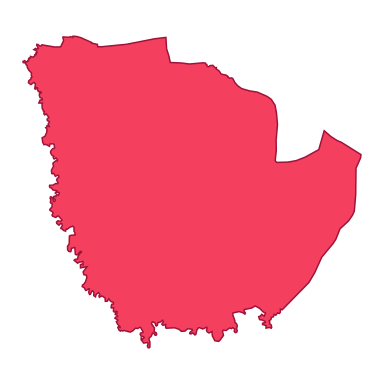 Ban Mai Chaiyaphot, Buri Ram, Thailand
{"feature_id": "78962969B40296665264995", "entity_name": "Ban Mai Chaiyaphot", "entity_type": "district", "adm_level": 2, "iso_a3": "THA", "parent_name": "Thailand", "parent_adm1": "Buri Ram", "projection": "natural_earth1", "projection_center": [102.815, 15.571], "detail": "fine", "context": "isolated", "style": "filled", "palette": "rose", "viewbox_px": 384, "rotation_deg": 0, "n_neighbors": 0, "source": "geoboundaries", "source_scale": "gbopen_adm2", "svg_char_len": 5766}
<svg xmlns="http://www.w3.org/2000/svg" viewBox="0 0 384 384"><path d="M165.9,37.4L154.5,38.8L126.4,44.3L101.2,46.8L97.6,46.7L97.5,44.4L91.6,43.1L91.7,42.5L80.7,37.6L76.2,36.4L73.0,36.2L72.8,37.5L70.7,36.7L68.4,37.3L63.4,36.9L62.8,37.2L63.6,40.6L60.6,46.9L54.6,47.0L41.9,44.8L41.4,45.8L39.9,46.0L38.0,44.5L36.9,44.3L36.7,45.3L38.3,48.3L36.9,49.2L35.6,48.4L33.8,49.6L36.0,50.6L37.1,52.0L37.0,52.5L35.7,53.1L36.3,54.5L34.8,54.7L34.7,55.8L33.1,57.2L30.5,56.4L30.3,58.0L29.3,57.9L28.6,58.6L28.9,59.7L27.7,60.5L27.9,61.5L25.8,61.8L24.7,60.6L23.0,61.4L23.2,62.6L25.6,63.1L26.1,64.8L27.2,65.5L27.2,67.2L28.8,70.2L31.4,72.9L31.3,75.2L32.0,76.9L31.0,77.6L31.1,78.8L28.8,80.8L28.4,82.7L30.9,84.6L33.6,82.6L34.4,82.6L35.4,84.2L34.7,88.8L35.7,89.1L36.4,87.5L37.2,87.6L37.7,88.2L37.4,89.6L38.4,91.5L41.0,91.9L41.0,93.2L39.5,93.2L39.3,95.2L40.0,97.5L42.1,98.5L42.4,99.8L40.1,100.0L38.8,103.0L42.5,103.2L42.0,104.9L42.2,108.6L43.2,109.8L43.2,110.9L44.3,111.3L43.8,113.8L44.8,114.9L46.3,113.9L48.8,117.3L47.1,119.2L47.4,120.7L48.9,121.2L49.4,121.9L48.1,124.0L49.1,126.5L47.0,125.7L46.7,127.1L45.7,127.6L46.9,129.0L46.8,132.1L44.9,136.4L42.1,137.7L42.7,142.4L44.0,144.7L45.9,144.4L49.5,146.3L49.9,144.0L53.0,143.8L54.1,144.4L54.6,148.0L52.6,148.8L51.6,149.9L50.6,151.4L50.6,152.9L52.1,155.4L53.7,156.3L53.2,157.6L54.1,159.0L56.1,158.1L57.5,160.0L57.4,160.9L55.6,160.9L53.1,163.0L52.9,164.0L53.6,166.1L51.4,170.2L51.7,173.4L52.3,173.8L53.7,173.4L55.4,176.3L57.8,175.2L58.6,175.6L58.9,177.1L57.1,178.6L56.6,180.0L58.1,182.8L57.5,183.7L55.9,183.4L52.8,185.2L49.7,185.2L49.4,186.2L49.9,187.5L51.5,188.1L52.9,190.0L56.9,190.8L56.9,191.6L55.5,192.5L55.4,193.2L58.0,192.3L59.0,192.5L59.3,193.2L58.4,195.2L56.7,194.7L56.1,195.2L56.0,196.3L54.1,196.3L53.3,197.0L53.3,197.8L55.3,199.6L55.2,200.8L54.2,201.6L53.7,201.4L52.9,198.7L50.9,196.7L50.4,196.9L50.1,198.3L50.8,199.9L50.3,202.4L50.6,203.0L52.1,203.3L52.0,206.9L49.8,209.4L49.8,210.1L52.9,212.3L52.8,213.7L52.0,215.1L52.5,216.1L55.8,217.5L57.4,216.1L58.6,216.1L61.7,219.6L61.9,220.4L60.2,221.4L58.0,220.7L56.5,222.0L56.7,223.4L58.9,225.2L60.7,223.5L61.8,223.7L62.3,225.7L60.8,228.1L61.0,228.7L62.4,228.9L63.3,230.3L65.6,231.2L66.0,229.3L67.3,229.2L69.6,227.4L72.6,226.2L74.0,227.3L74.0,231.3L74.9,232.8L75.1,234.9L70.3,235.4L69.4,236.0L69.2,243.8L67.5,246.4L67.6,249.9L68.7,251.3L70.4,251.8L71.0,251.3L71.5,248.3L74.8,247.5L75.3,254.2L76.2,254.8L77.7,254.6L80.2,251.5L81.4,251.5L81.4,252.3L80.3,253.0L78.2,255.9L77.5,259.0L74.8,259.5L74.1,260.3L77.6,263.2L79.0,262.3L82.9,261.5L83.1,264.7L81.6,264.1L80.4,264.8L80.5,267.9L87.0,266.7L83.1,271.9L83.8,274.6L86.4,275.3L86.9,277.6L85.3,282.1L83.9,284.1L82.5,285.0L82.2,286.6L84.2,287.7L85.6,290.4L86.4,290.4L88.7,288.6L89.4,288.8L88.7,292.4L89.5,294.5L90.4,294.3L91.8,291.1L92.7,290.8L93.9,292.5L93.7,295.6L95.5,296.8L96.1,294.6L98.5,292.5L99.9,294.7L98.9,295.9L99.4,297.3L101.6,296.1L102.6,296.2L105.1,298.1L105.3,301.3L107.3,301.2L108.8,298.9L110.8,301.5L113.4,302.4L113.4,304.0L111.6,304.4L111.1,307.5L111.5,308.0L113.6,307.7L113.4,311.2L113.9,311.8L114.9,312.1L116.3,311.1L117.1,311.7L116.9,313.3L115.5,313.2L115.2,314.5L117.0,315.2L117.6,316.5L115.5,317.2L114.9,318.2L117.7,319.8L117.7,320.6L116.3,321.6L117.7,324.4L120.2,326.8L120.1,327.4L118.6,326.6L117.8,327.3L118.9,330.0L120.4,331.1L121.3,330.4L122.5,331.0L124.0,330.5L130.2,332.1L133.0,330.7L135.4,328.2L137.8,328.5L139.9,327.2L140.7,327.7L143.1,331.9L142.9,332.4L140.4,333.2L140.2,334.5L141.4,336.2L143.6,336.7L144.2,337.7L142.6,339.1L141.2,337.9L141.1,339.7L143.7,343.1L147.0,342.6L147.9,343.0L148.0,344.2L147.3,346.0L148.2,347.8L149.3,347.8L149.9,347.2L149.9,341.9L149.0,339.5L149.2,338.1L151.3,336.1L152.5,333.2L153.7,333.2L155.2,335.3L156.3,335.1L156.7,334.2L156.4,333.0L154.1,331.3L154.5,328.0L151.6,323.9L151.9,322.4L152.9,321.8L155.2,323.1L155.7,325.4L156.3,326.0L157.4,325.2L157.8,322.7L160.6,322.0L162.6,320.3L163.4,322.1L161.9,323.8L162.0,324.6L163.1,325.3L165.7,324.5L165.6,327.2L166.1,328.2L174.7,327.8L179.2,329.4L181.2,331.3L184.9,331.1L187.8,328.7L192.0,329.3L192.5,330.2L189.9,332.5L189.7,333.5L190.8,334.0L192.9,333.0L194.9,334.9L195.8,334.5L196.8,330.2L198.4,327.8L199.6,327.7L202.8,329.0L206.6,327.2L207.1,328.0L206.4,330.1L207.1,331.8L209.0,333.0L212.0,331.6L212.3,335.8L214.8,340.7L218.6,341.4L220.1,340.1L223.5,335.4L222.6,331.8L223.1,330.2L226.1,330.5L229.6,328.0L231.5,328.6L232.7,327.6L234.7,329.0L234.2,331.3L234.7,332.1L235.7,332.7L236.9,332.0L237.2,330.4L236.6,328.9L237.3,325.8L236.4,323.5L234.8,322.3L234.9,320.7L232.7,314.5L233.1,312.9L239.2,311.6L242.8,312.7L244.9,314.1L245.4,313.1L244.1,311.0L244.2,309.6L251.8,308.0L255.2,305.9L259.5,308.3L263.3,312.0L265.5,313.0L264.3,316.1L261.7,314.3L260.4,316.1L258.7,316.6L259.4,319.2L260.0,319.8L262.2,320.0L265.0,321.3L265.3,322.4L262.6,323.2L262.5,324.5L266.0,325.6L266.0,328.1L269.3,327.5L271.3,328.2L271.7,327.3L271.4,325.6L271.0,324.6L269.5,323.8L269.8,321.9L269.1,320.8L271.0,319.5L271.3,317.4L273.4,316.8L274.2,314.4L275.8,315.2L277.6,312.9L279.4,313.5L280.3,312.2L280.4,309.1L282.2,309.8L308.9,282.5L314.7,272.7L321.8,257.1L333.1,243.5L335.9,239.2L340.0,228.9L348.7,220.8L352.5,215.2L354.3,211.3L355.7,194.8L356.0,168.3L360.5,158.1L361.0,154.6L341.5,142.4L336.9,140.4L330.7,136.4L324.2,130.7L318.8,149.6L305.0,157.2L296.3,160.6L287.9,162.1L276.5,162.4L275.2,160.6L276.3,150.5L276.1,140.3L277.5,124.5L276.5,113.1L275.0,105.1L271.2,99.3L267.1,96.4L257.3,92.1L249.6,90.9L241.7,88.6L237.5,85.6L234.9,82.6L232.7,78.4L231.6,77.9L230.0,78.2L228.0,77.4L228.1,76.5L226.1,75.1L221.2,74.1L219.2,71.0L216.4,69.1L216.4,67.6L215.3,67.9L212.8,65.3L209.7,65.7L209.1,66.6L208.2,66.8L206.8,65.7L206.8,64.5L205.8,64.1L205.5,63.1L203.1,62.8L189.5,64.0L181.6,63.0L170.3,62.5L168.8,55.7L166.6,48.9L165.9,37.4Z" fill="#f43f5e" stroke="#9f1239" stroke-width="1.5"/></svg>